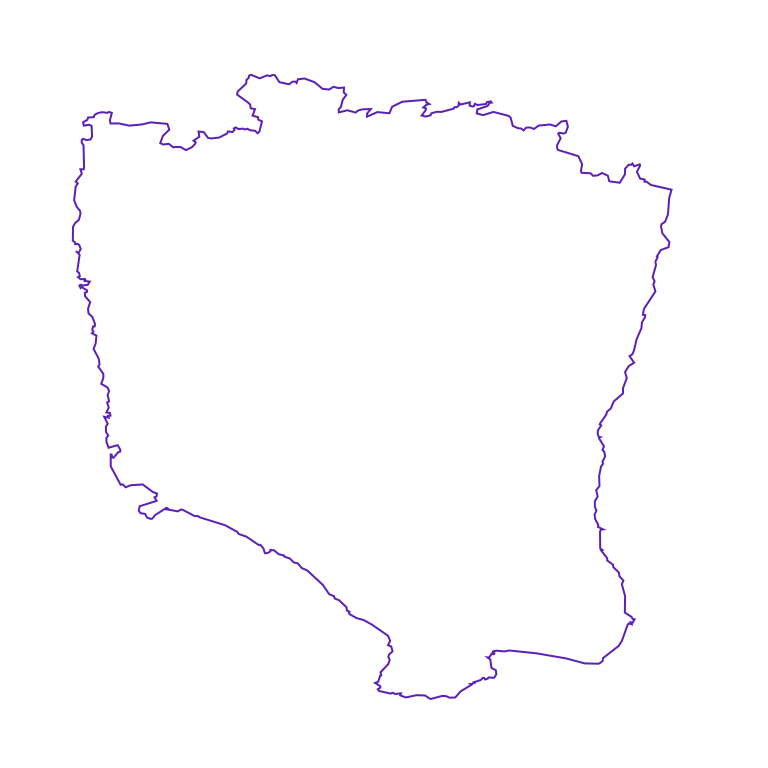 Bangkalan, Jawa Timur, Indonesia, rotated 266°
{"feature_id": "22746128B23347682239441", "entity_name": "Bangkalan", "entity_type": "district", "adm_level": 2, "iso_a3": "IDN", "parent_name": "Indonesia", "parent_adm1": "Jawa Timur", "projection": "equal_earth", "projection_center": [112.943, -7.046], "detail": "fine", "context": "isolated", "style": "outline", "palette": "violet", "viewbox_px": 768, "rotation_deg": 266, "n_neighbors": 0, "source": "geoboundaries", "source_scale": "gbopen_adm2", "svg_char_len": 6065}
<svg xmlns="http://www.w3.org/2000/svg" viewBox="0 0 768 768"><g transform="rotate(266 384 384)"><path d="M670.5,107.4L668.2,106.5L666.1,102.1L662.7,102.5L663.2,107.9L661.9,110.3L651.3,110.1L648.4,108.3L648.1,104.2L649.6,100.8L648.4,99.5L645.9,99.3L643.1,100.9L620.9,99.9L619.1,99.4L619.4,96.1L614.8,97.2L607.4,90.6L605.4,92.5L602.4,90.2L588.9,87.7L582.1,89.9L577.9,92.9L574.9,93.1L569.1,91.1L565.8,86.8L562.3,84.7L548.6,83.6L546.6,85.8L545.1,85.7L545.1,88.2L544.0,89.6L539.9,90.9L536.6,88.8L536.2,87.7L538.1,85.9L534.2,89.4L517.7,85.8L516.2,87.5L512.8,88.1L512.0,86.2L509.7,88.6L509.7,92.9L508.3,93.6L507.8,91.6L506.7,97.6L503.7,95.5L503.2,90.3L504.2,88.6L503.5,87.0L500.9,88.0L501.8,89.2L498.1,94.3L496.6,94.2L495.9,92.0L492.6,91.8L486.2,96.6L479.7,94.0L474.9,94.2L471.4,97.7L463.6,100.0L461.5,99.2L461.8,97.8L458.5,96.7L456.5,97.8L455.0,96.2L452.3,100.5L444.5,99.2L439.3,96.7L428.9,101.3L423.4,101.6L421.3,100.1L413.8,104.7L409.7,104.5L403.9,101.9L399.9,107.9L396.1,109.3L392.2,107.5L386.0,108.6L384.9,106.5L379.6,107.8L375.0,105.1L374.2,108.6L371.5,108.9L371.5,106.4L369.6,107.0L370.8,102.6L363.6,105.6L360.8,103.6L355.6,103.3L351.9,105.3L349.5,103.3L345.7,103.1L339.6,104.8L341.6,114.0L336.6,116.5L334.8,115.9L334.2,113.7L329.4,109.2L329.6,107.9L332.7,107.3L332.7,106.4L320.8,105.7L301.9,114.2L302.1,116.3L299.0,119.1L300.7,124.4L300.6,136.3L292.3,146.0L290.6,149.9L287.8,149.2L287.0,147.2L283.3,149.0L279.1,131.7L274.7,130.5L272.1,132.2L271.1,136.6L267.3,138.3L265.7,141.7L265.9,143.4L269.3,146.7L275.7,158.5L274.8,159.7L274.1,158.6L271.3,169.5L272.9,172.6L272.7,174.2L265.5,185.8L265.2,189.4L264.0,190.5L254.1,215.8L246.5,227.6L244.6,228.4L241.3,236.1L232.2,247.7L232.3,249.3L228.6,252.2L223.5,253.4L223.5,256.1L225.0,259.0L226.4,259.1L225.8,262.6L221.5,267.2L219.9,272.4L218.7,272.6L216.5,277.9L212.3,281.5L211.2,285.3L206.0,289.3L203.4,294.4L187.7,309.1L178.2,314.6L175.8,319.4L173.5,319.8L171.5,324.0L163.9,331.0L160.6,331.2L159.3,333.7L157.9,333.0L156.2,334.4L152.2,340.7L149.9,347.4L144.5,355.6L132.5,370.5L127.3,372.2L123.2,369.8L121.6,372.9L116.7,373.9L113.7,370.1L111.4,369.3L108.4,370.5L104.3,368.7L96.6,360.4L93.5,360.9L93.3,359.8L87.4,357.5L86.4,354.3L82.7,359.3L81.4,359.2L79.9,356.5L78.1,357.7L74.7,369.0L75.4,371.1L74.0,373.3L74.2,379.3L72.3,378.4L69.8,383.8L71.3,394.7L70.4,403.2L66.5,408.4L68.8,420.4L68.4,423.9L66.5,427.5L66.3,433.2L72.0,438.9L77.7,450.0L78.7,449.2L78.5,451.2L80.2,452.5L79.5,453.7L80.5,454.0L82.0,460.0L83.9,461.9L83.8,463.4L82.2,464.1L82.7,466.8L84.0,467.8L83.2,473.2L86.5,475.8L90.7,475.6L93.2,471.4L101.8,470.8L104.1,468.1L103.9,469.9L107.4,472.6L106.7,474.5L107.6,475.3L108.5,473.7L109.7,474.2L110.1,477.9L108.8,485.4L109.4,490.5L104.7,517.3L97.5,546.7L91.3,564.6L90.0,578.4L90.8,580.5L92.6,582.9L95.3,583.4L106.4,599.9L111.2,603.4L126.7,610.2L128.1,611.4L127.0,614.3L129.1,613.6L128.5,615.4L131.8,617.6L132.1,615.8L134.4,614.7L139.2,608.3L155.5,609.7L167.7,607.3L171.2,609.1L175.7,605.5L179.4,605.2L185.5,599.9L187.7,599.9L192.3,594.4L194.6,594.5L202.8,589.0L203.2,590.3L204.9,588.2L221.6,589.2L223.6,590.2L223.7,592.4L226.5,587.5L228.6,587.9L234.4,585.3L238.9,584.9L242.8,587.1L246.8,585.8L252.4,586.2L256.8,589.3L263.3,588.3L267.2,591.8L277.2,592.2L286.7,594.8L289.1,597.0L291.2,596.5L296.3,599.5L301.1,599.0L302.9,597.3L306.5,599.1L314.4,594.9L315.5,594.7L315.9,595.9L316.3,594.6L318.9,593.7L322.7,594.1L327.6,597.8L328.7,596.4L330.1,597.2L337.9,603.6L340.8,604.5L343.7,608.5L350.6,612.0L357.9,621.8L363.1,622.1L372.9,626.6L379.1,625.3L384.8,629.4L387.8,635.0L394.7,630.9L396.4,633.9L400.2,635.8L411.0,639.1L421.8,644.7L427.4,645.6L432.6,649.2L434.6,649.3L435.0,647.1L440.7,648.5L457.4,661.2L464.5,659.6L467.6,661.1L471.8,659.4L483.5,663.6L487.1,663.3L491.5,665.8L492.2,665.1L498.3,669.4L500.7,677.4L505.7,678.6L514.9,672.2L522.2,671.3L524.2,672.2L526.2,675.7L533.4,679.1L549.8,681.5L557.8,684.4L563.9,664.2L567.5,660.0L567.7,657.9L569.8,658.3L571.1,653.8L578.1,651.1L583.9,654.7L585.3,654.4L583.7,648.7L586.6,647.2L585.4,645.8L585.7,643.5L582.0,639.5L576.4,639.0L568.3,633.2L570.5,622.9L576.2,621.8L579.3,616.2L577.2,611.7L577.1,607.1L579.8,604.8L580.9,595.9L582.6,595.2L589.3,597.0L597.7,593.8L605.3,574.0L606.9,573.1L610.3,573.4L616.8,577.4L621.7,575.2L622.4,576.2L621.3,580.8L622.0,582.8L627.8,585.4L633.8,584.3L633.5,579.2L629.1,573.4L631.3,567.7L631.0,556.3L628.0,551.5L629.8,547.2L629.8,543.7L627.2,540.9L629.3,538.6L629.8,535.5L632.5,530.5L640.9,528.9L642.8,527.0L647.8,512.1L645.3,501.7L647.4,495.4L651.4,496.3L654.1,506.7L657.2,509.2L657.2,511.0L658.5,510.2L658.0,506.4L656.2,505.2L655.8,496.5L657.2,494.3L654.9,493.1L654.6,491.5L655.7,488.9L659.0,489.3L657.5,480.0L659.3,478.2L656.6,478.0L655.0,475.9L655.2,473.6L653.7,472.4L651.4,460.2L651.9,455.5L650.7,450.1L648.8,449.2L647.9,444.4L649.2,440.3L654.4,444.8L656.1,445.0L657.1,442.5L659.6,445.9L660.1,448.7L662.0,446.0L664.6,445.2L664.3,421.9L660.0,411.4L653.7,408.3L655.7,396.4L651.9,385.7L655.0,386.0L659.2,390.0L659.5,381.9L658.8,377.7L656.8,374.6L659.6,366.6L658.1,357.9L661.1,358.0L663.3,360.3L670.5,362.7L675.0,366.6L677.7,364.2L682.5,364.8L682.4,359.0L684.0,354.3L681.6,349.8L682.7,343.3L689.9,335.8L694.3,326.0L694.0,319.4L690.4,317.8L691.8,316.7L692.0,313.8L689.6,310.3L692.4,300.7L699.7,296.6L700.0,293.9L699.0,292.1L700.0,288.9L697.6,281.3L701.7,272.9L701.2,271.1L698.6,270.2L697.1,268.1L693.4,267.5L685.9,258.4L683.0,257.6L673.9,268.4L672.2,269.9L668.3,270.3L667.2,274.5L660.9,271.6L658.9,277.0L656.5,277.0L654.5,280.6L644.4,277.3L643.0,275.3L645.6,273.1L646.5,268.0L648.2,265.4L647.6,262.9L648.6,261.2L648.5,256.5L650.3,254.0L649.4,252.0L647.9,252.6L645.9,250.4L646.9,246.0L644.8,244.9L641.3,236.6L641.0,228.5L641.8,225.6L647.8,221.8L648.8,216.6L643.6,217.0L640.0,211.0L638.3,213.0L636.6,212.2L633.6,208.9L631.1,202.8L634.7,197.5L635.0,189.9L638.6,186.2L638.3,180.5L639.9,177.6L647.0,180.8L652.7,187.6L658.6,186.0L661.3,169.4L659.8,160.9L659.5,147.9L662.5,137.5L662.9,129.4L666.1,128.9L673.4,131.4L674.6,128.7L673.8,127.1L674.8,121.7L674.3,117.7L672.7,114.1L670.4,113.0L670.5,107.4Z" fill="none" stroke="#5b21b6" stroke-width="2"/></g></svg>